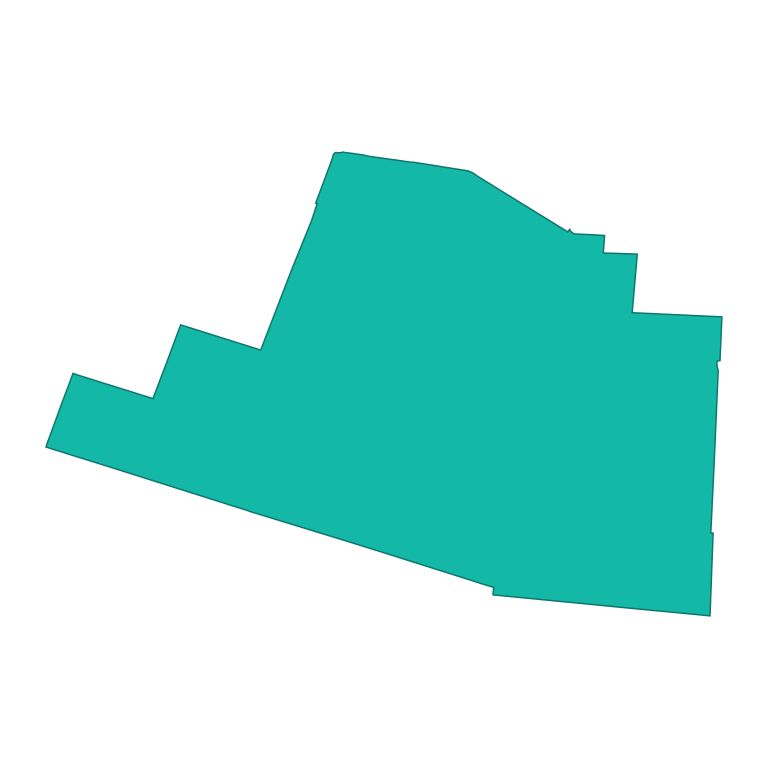 the district of Vadastrita, Olt, Romania
{"feature_id": "2599482B53428634835124", "entity_name": "Vadastrita", "entity_type": "district", "adm_level": 2, "iso_a3": "ROU", "parent_name": "Romania", "parent_adm1": "Olt", "projection": "natural_earth1", "projection_center": [24.333, 43.838], "detail": "fine", "context": "isolated", "style": "filled", "palette": "teal", "viewbox_px": 768, "rotation_deg": 0, "n_neighbors": 0, "source": "geoboundaries", "source_scale": "gbopen_adm2", "svg_char_len": 1407}
<svg xmlns="http://www.w3.org/2000/svg" viewBox="0 0 768 768"><path d="M710.0,615.9L710.4,606.0L712.7,543.9L713.1,533.1L711.9,533.1L710.8,533.0L714.3,460.2L718.2,370.5L717.3,367.6L716.9,363.5L717.0,361.6L718.2,360.9L720.0,360.6L720.8,342.2L721.9,316.9L632.2,312.7L637.3,254.1L603.3,253.0L604.6,235.5L591.3,234.7L575.8,234.0L574.0,233.8L572.3,232.7L570.4,231.1L570.0,230.3L569.8,229.4L567.6,231.8L567.1,231.5L498.8,189.4L495.6,187.4L477.2,176.0L473.9,173.6L472.1,172.5L468.6,171.3L468.6,171.0L412.7,162.1L411.8,162.3L371.1,156.6L368.8,156.3L365.3,155.5L364.2,155.1L348.6,152.9L347.2,152.9L345.0,152.5L343.1,152.1L342.0,152.3L341.1,152.5L339.9,152.8L337.7,152.7L336.2,152.5L335.4,152.6L334.4,153.2L333.6,154.4L333.1,155.2L332.5,157.9L331.6,160.2L331.6,160.5L329.5,166.3L329.3,166.8L327.5,171.5L325.0,178.3L320.8,189.5L315.7,203.2L317.2,203.6L311.5,220.8L291.2,270.9L287.5,280.5L260.7,350.1L180.7,324.9L176.2,336.8L165.1,366.8L163.6,370.6L153.0,398.6L101.1,382.4L76.4,374.6L73.0,373.4L70.1,381.3L61.1,405.2L60.0,408.3L54.2,424.2L46.6,444.9L46.1,447.1L77.3,456.9L101.5,464.4L125.3,471.9L126.5,472.3L128.2,472.8L130.9,473.7L232.1,505.7L247.3,510.5L249.7,511.4L356.9,544.3L365.5,547.0L374.8,549.9L476.3,582.0L479.5,583.0L481.1,583.6L483.9,584.4L493.7,587.4L493.2,592.6L493.0,594.9L617.6,607.0L631.2,608.3L642.6,609.4L655.0,610.6L703.3,615.2L710.0,615.9Z" fill="#14b8a6" stroke="#0f766e" stroke-width="1.5"/></svg>